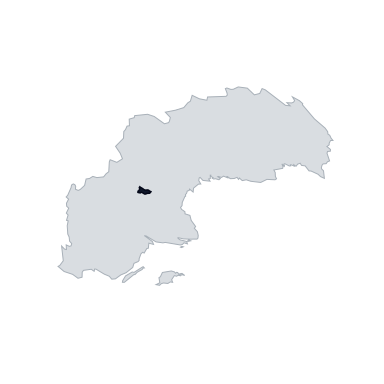 Gagnef, Dalarna, Sweden shown in context, rotated 30°
{"feature_id": "70781695B69393603078099", "entity_name": "Gagnef", "entity_type": "district", "adm_level": 2, "iso_a3": "SWE", "parent_name": "Sweden", "parent_adm1": "Dalarna", "projection": "equal_earth", "projection_center": [14.938, 60.467], "detail": "fine", "context": "in_parent", "style": "filled", "palette": "ink", "viewbox_px": 384, "rotation_deg": 30, "n_neighbors": 0, "source": "geoboundaries", "source_scale": "gbopen_adm2", "svg_char_len": 4481}
<svg xmlns="http://www.w3.org/2000/svg" viewBox="0 0 384 384"><g transform="rotate(30 192 192)"><path d="M88.4,245.2L89.7,247.9L92.7,247.5L94.0,245.6L95.7,240.0L93.8,233.7L96.5,231.5L98.3,228.1L102.4,227.1L107.9,223.1L108.5,219.1L109.8,216.1L105.3,207.2L105.0,205.0L112.1,203.9L115.2,198.0L110.4,194.3L103.0,190.7L105.8,179.7L102.7,173.7L103.2,171.2L102.8,167.4L104.7,165.9L101.2,160.3L104.8,156.5L104.2,154.5L114.7,146.9L121.5,145.5L134.0,146.7L137.0,143.7L137.1,142.1L136.0,138.3L129.0,136.2L136.7,129.5L142.7,123.0L143.8,116.8L145.2,114.2L143.8,108.2L151.8,107.6L159.0,105.1L158.0,101.9L173.7,92.1L174.1,90.4L172.9,88.8L169.2,85.8L170.2,84.5L174.4,83.7L176.4,82.4L179.5,77.9L188.0,74.4L197.4,76.7L201.4,72.8L201.0,67.4L204.4,66.9L229.7,70.2L233.9,68.3L229.5,67.2L233.7,65.1L234.9,63.7L235.2,62.2L235.0,61.4L231.4,59.4L239.4,59.2L243.7,60.1L244.1,61.3L261.5,67.5L275.3,70.1L279.3,71.9L280.8,73.9L282.9,74.0L285.6,75.9L288.3,76.9L286.2,78.2L286.4,81.2L287.2,82.6L286.1,85.2L290.6,85.9L291.4,87.5L289.1,89.1L289.5,90.9L295.6,96.3L294.2,98.1L294.0,100.4L291.5,102.1L291.2,103.8L291.8,106.1L292.7,107.2L295.3,107.9L299.8,114.0L295.6,114.4L292.3,113.6L284.7,114.3L282.8,115.2L276.9,112.8L273.6,114.2L271.3,113.0L269.6,115.0L269.2,117.7L266.5,117.5L267.6,118.5L263.9,118.9L263.6,119.3L264.4,120.0L263.3,120.8L258.2,121.1L257.6,122.0L259.1,123.1L259.1,123.8L255.8,122.7L258.2,124.7L258.7,126.2L251.9,132.0L254.3,133.5L256.4,136.8L258.6,138.3L257.8,139.9L250.6,143.6L246.7,149.4L237.6,153.3L232.9,154.3L229.8,157.0L226.1,156.2L226.0,157.8L223.7,156.8L221.8,159.2L218.5,161.3L214.9,160.9L214.5,161.3L215.6,161.9L211.4,162.5L210.2,164.7L207.1,165.3L206.6,165.9L209.8,166.1L209.2,167.9L205.6,168.8L204.3,169.9L202.7,169.9L203.0,169.0L200.6,169.1L199.9,168.0L199.4,168.3L201.1,171.2L199.9,172.4L202.2,173.6L195.7,176.5L191.7,175.3L191.2,176.2L192.1,178.7L195.6,180.7L193.6,182.0L191.4,187.9L193.0,191.5L188.4,190.7L188.8,192.0L187.4,193.6L188.0,195.9L187.6,197.5L188.6,198.8L188.1,199.5L188.8,206.0L190.2,208.8L189.8,211.1L191.7,212.3L195.7,212.6L196.9,214.4L201.9,213.3L205.5,217.0L212.4,220.1L212.1,222.2L216.5,223.7L219.1,226.5L220.2,228.9L219.9,230.3L213.2,234.2L208.0,236.9L202.7,238.5L203.0,239.1L205.6,239.4L212.1,237.5L214.0,239.2L210.5,240.0L209.9,242.2L208.4,243.7L194.1,249.0L192.2,250.6L185.8,253.2L174.2,253.0L172.5,253.6L182.5,254.7L184.9,256.6L180.2,257.9L182.3,262.5L181.1,263.6L181.1,268.8L179.4,268.9L178.7,271.1L179.6,276.3L180.4,277.7L180.1,279.2L177.4,282.8L178.4,287.0L175.3,294.8L171.8,299.4L169.1,305.5L166.1,307.6L162.5,306.3L157.1,307.0L147.4,306.8L146.2,307.4L146.9,309.6L143.4,309.3L137.2,314.1L137.0,316.3L139.4,320.8L136.4,323.7L129.8,323.0L121.0,324.8L113.2,323.4L114.2,321.8L114.9,315.9L106.1,304.0L110.3,305.2L112.0,304.6L109.5,300.7L113.0,300.4L114.2,299.1L113.6,296.8L110.6,295.8L108.1,292.4L105.5,290.6L100.8,283.6L99.2,278.9L97.5,279.3L96.2,273.9L93.7,273.1L93.3,267.6L90.6,267.0L88.9,264.5L88.7,259.9L85.5,259.2L86.0,257.0L85.1,248.8L84.2,246.2L85.1,244.4L86.8,244.2L88.4,245.2ZM223.0,270.6L221.6,271.1L220.8,272.6L218.5,273.3L218.2,278.1L220.4,279.9L218.2,280.7L216.8,283.3L212.9,285.0L211.3,286.6L210.6,289.0L207.2,290.2L209.5,286.7L206.2,282.7L207.0,281.2L206.6,276.5L213.6,270.7L216.8,270.0L218.3,270.6L218.9,269.2L219.9,268.9L223.0,270.6ZM178.6,304.0L176.9,305.0L176.3,303.5L176.4,297.9L180.2,291.2L182.0,290.6L186.6,281.7L187.1,281.1L188.7,281.6L187.6,282.5L187.6,284.0L184.7,288.8L183.9,292.0L182.9,292.7L178.6,304.0ZM224.4,268.7L224.1,270.0L222.3,269.0L224.0,267.5L227.4,267.9L224.4,268.7ZM215.3,234.9L213.1,236.9L212.7,236.1L213.1,235.1L215.3,234.9ZM210.7,245.4L209.6,245.5L210.4,244.1L211.9,243.8L210.7,245.4Z" fill="#d9dde1" stroke="#a8b0b8" stroke-width="1"/><path d="M144.2,213.6L144.1,214.4L144.7,214.8L144.9,215.4L145.2,215.8L145.3,216.9L145.2,217.6L145.3,218.0L144.9,218.4L145.2,218.6L145.3,218.9L145.4,219.4L145.5,219.4L146.0,219.2L146.6,219.1L146.9,218.9L147.5,218.7L147.8,218.5L147.8,218.0L148.3,217.5L149.5,217.4L151.3,217.4L151.7,217.5L152.3,217.3L152.6,217.0L152.9,216.9L153.0,216.8L153.2,216.6L153.3,216.2L153.5,215.8L153.9,215.6L154.2,215.4L154.6,215.2L155.4,214.5L155.9,214.3L156.0,214.0L155.8,213.8L155.7,213.3L156.2,213.0L156.3,212.6L156.3,212.2L156.1,212.2L155.5,212.3L155.3,212.4L154.5,212.4L153.9,212.2L153.1,212.2L152.5,212.4L152.1,212.8L151.3,213.2L150.8,213.6L150.1,213.9L149.0,213.9L148.2,213.8L147.5,213.7L146.5,213.7L145.4,213.7L144.4,213.7L144.2,213.6Z" fill="#0f172a" stroke="#020617" stroke-width="1.5"/></g></svg>